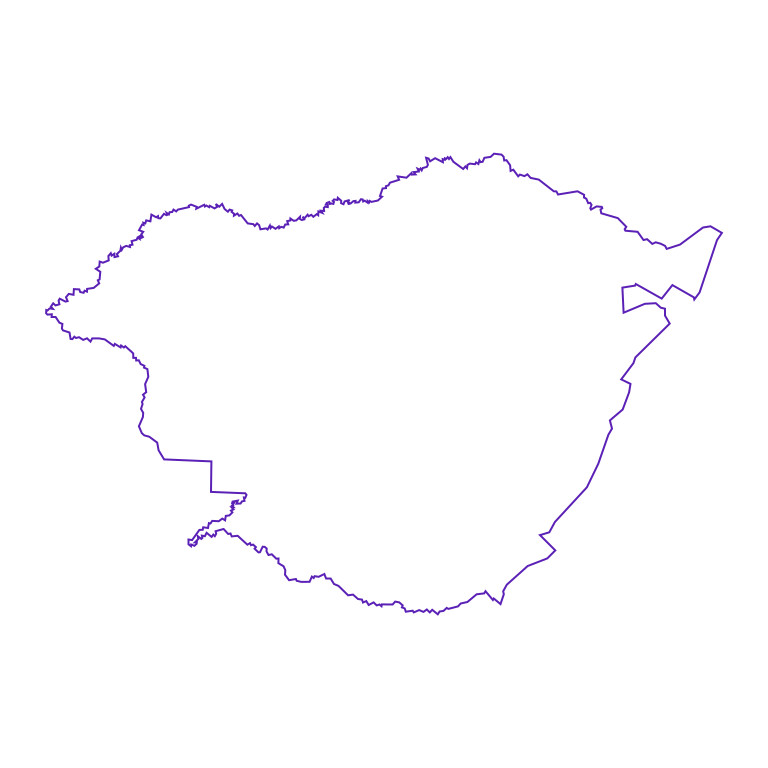 outline of Feliciano, Entre Ríos, Argentina
{"feature_id": "61730980B62856380670076", "entity_name": "Feliciano", "entity_type": "district", "adm_level": 2, "iso_a3": "ARG", "parent_name": "Argentina", "parent_adm1": "Entre Ríos", "projection": "robinson", "projection_center": [-58.86, -30.431], "detail": "fine", "context": "isolated", "style": "outline", "palette": "violet", "viewbox_px": 768, "rotation_deg": 0, "n_neighbors": 0, "source": "geoboundaries", "source_scale": "gbopen_adm2", "svg_char_len": 6078}
<svg xmlns="http://www.w3.org/2000/svg" viewBox="0 0 768 768"><path d="M500.5,604.1L503.8,594.3L503.2,591.2L506.8,584.7L527.7,566.0L547.3,558.4L555.3,550.4L540.0,535.1L549.3,532.3L554.9,522.0L586.9,487.3L598.3,463.7L608.4,434.7L612.0,428.6L609.9,420.4L622.7,409.5L629.1,392.3L630.5,383.9L621.2,379.4L633.4,363.2L635.4,357.4L669.7,323.6L665.0,315.6L665.0,308.7L660.8,307.7L655.8,303.2L644.9,303.8L623.6,312.7L622.4,287.6L635.1,285.6L635.8,284.0L661.7,298.6L672.4,285.1L693.8,297.3L694.3,299.5L699.6,292.4L717.0,240.1L721.9,232.9L710.5,226.3L703.0,227.5L680.0,244.6L666.7,248.9L665.1,245.9L660.7,243.7L655.7,242.3L652.3,243.9L647.1,239.2L643.5,240.0L637.6,231.8L625.4,230.7L624.7,229.2L626.3,226.8L617.8,218.1L601.3,213.3L600.5,209.6L602.3,208.2L601.8,206.9L596.6,206.4L591.0,209.6L590.3,208.3L591.5,204.8L590.2,202.8L588.2,203.2L586.3,198.7L584.0,197.5L584.1,194.8L577.5,191.3L558.0,194.5L556.4,191.4L553.8,191.3L538.8,179.6L530.6,177.9L527.4,174.3L524.5,176.1L519.9,174.6L518.2,176.3L513.3,169.7L510.6,170.9L510.1,165.2L506.5,160.2L504.2,160.5L503.6,156.7L501.5,154.6L494.0,153.7L490.6,156.9L484.4,157.8L482.6,161.8L480.6,162.1L479.4,160.3L478.4,164.0L476.1,162.4L475.1,164.2L469.8,163.6L467.5,164.9L467.0,168.2L465.4,166.4L463.2,169.0L453.4,161.8L450.4,157.1L449.0,159.0L447.7,157.2L446.3,158.9L444.9,158.3L444.8,159.8L442.7,159.1L442.9,162.2L435.1,158.2L430.1,161.3L428.6,158.5L426.1,157.8L427.9,164.8L426.8,166.9L422.8,168.0L421.7,170.3L420.6,168.5L419.7,169.7L417.6,168.7L418.8,171.5L413.7,172.1L415.5,174.4L411.7,174.6L411.4,173.1L406.5,177.7L397.7,176.4L399.1,179.8L389.9,182.7L388.5,185.3L385.9,186.2L386.0,188.1L382.6,188.5L380.0,196.0L382.0,196.7L377.9,200.5L371.4,201.9L369.7,200.9L369.1,202.4L367.7,201.1L367.7,202.7L364.7,200.7L363.2,201.5L362.7,199.5L361.0,199.2L358.7,202.3L355.3,202.6L355.5,200.9L353.4,201.1L350.6,203.5L349.1,202.8L348.9,204.7L347.7,201.8L349.6,200.0L344.6,201.4L343.5,204.2L341.1,203.2L341.2,200.7L337.8,197.8L337.5,200.0L334.1,199.4L332.7,200.9L334.0,201.9L333.4,203.9L330.1,203.2L330.2,204.8L329.2,202.0L326.7,203.0L325.9,204.5L327.8,204.7L327.8,207.1L325.1,206.7L323.8,207.9L324.1,211.0L320.9,210.7L322.3,212.9L318.4,211.4L318.2,215.2L316.8,214.1L313.3,216.8L311.3,214.8L308.6,216.2L307.6,214.7L304.5,218.3L302.6,216.7L304.2,219.4L301.8,220.0L299.8,218.9L300.0,216.8L296.3,220.4L293.7,220.8L290.4,218.5L290.3,220.5L287.2,221.1L288.2,224.4L285.2,224.5L283.7,227.6L281.2,226.8L279.2,228.2L278.8,226.4L275.5,228.8L271.9,226.5L270.6,228.1L269.9,225.5L267.6,229.5L266.0,228.4L260.4,229.3L259.1,225.1L257.0,223.4L254.8,226.0L253.4,224.2L247.7,223.4L241.0,215.0L239.1,215.8L237.4,213.5L233.9,215.7L234.0,213.7L231.6,211.9L232.2,210.4L229.6,209.6L227.9,211.7L224.6,209.0L222.1,203.9L219.3,206.7L215.8,204.0L217.2,206.8L214.5,208.4L209.8,205.8L209.2,207.2L206.3,205.5L204.9,206.5L204.2,204.8L196.3,208.7L196.7,206.8L191.0,204.6L188.8,205.7L189.0,207.1L177.9,209.6L176.2,211.4L173.5,209.6L172.2,212.0L169.6,212.2L168.9,214.4L166.8,213.0L167.6,214.7L166.5,215.2L164.0,213.8L160.4,218.4L158.3,218.2L158.0,216.1L156.2,217.3L151.4,214.6L150.4,221.3L146.2,220.4L145.3,223.4L143.3,222.7L143.6,225.0L142.1,224.6L139.0,230.2L143.2,231.8L141.3,234.3L142.9,237.1L141.0,238.0L140.0,236.0L138.7,236.8L139.4,238.8L137.5,237.7L136.6,239.8L131.6,241.1L132.5,244.7L129.8,245.2L130.0,247.0L126.2,245.9L123.1,247.4L121.8,249.8L120.9,247.6L120.3,250.9L116.9,254.0L118.0,256.3L114.5,257.1L114.3,253.8L111.6,255.6L110.8,253.2L108.4,256.0L108.7,260.4L103.0,262.7L99.7,261.6L99.3,266.5L95.8,268.8L100.3,271.8L99.6,279.4L97.8,280.3L99.2,283.4L93.7,287.9L87.1,288.9L87.0,291.6L84.6,290.7L83.6,292.8L80.2,292.0L79.3,289.4L73.9,289.1L73.5,294.8L68.8,293.9L66.0,297.2L67.6,301.1L65.5,301.6L59.7,298.7L58.6,300.6L59.4,304.3L55.5,305.4L53.2,303.3L50.9,306.6L52.9,308.9L49.6,308.4L47.5,310.5L46.3,310.0L46.1,313.2L47.4,314.6L51.8,314.3L51.6,317.0L55.6,317.0L59.4,322.7L62.4,323.9L61.9,328.6L63.0,330.4L69.5,332.5L70.6,339.0L72.4,339.1L74.3,336.7L76.0,338.0L79.0,337.2L83.2,339.9L87.0,338.3L90.5,341.6L92.2,338.4L99.0,338.4L104.8,339.4L113.8,345.9L114.8,343.9L120.6,347.4L121.1,345.5L123.9,347.5L125.3,346.2L133.2,353.4L133.3,357.9L136.0,357.9L136.2,360.5L138.8,360.3L140.7,364.1L144.4,365.8L144.0,367.6L147.4,369.1L148.3,376.8L145.1,384.1L146.2,392.2L143.0,394.7L144.6,397.4L141.9,402.0L142.6,404.0L141.0,408.9L143.2,412.8L142.9,417.0L138.9,426.3L141.8,433.1L144.3,435.4L149.2,436.7L157.2,442.6L158.6,450.3L164.1,459.4L211.4,461.4L211.0,491.9L245.3,493.3L246.5,494.9L245.3,497.8L243.9,497.5L244.5,500.9L241.9,501.4L240.6,503.5L236.5,503.7L237.8,500.6L232.6,501.6L232.2,503.0L233.9,503.1L232.6,504.8L234.0,504.9L232.1,505.7L233.5,507.2L231.5,507.2L233.5,509.4L231.0,510.6L232.4,512.4L229.4,515.4L225.8,515.9L225.1,520.3L222.3,518.6L218.8,521.2L212.2,520.9L210.5,523.5L208.9,523.1L208.0,528.0L203.2,527.3L202.7,529.8L199.4,529.9L192.1,540.1L188.5,539.5L188.5,544.3L191.0,546.2L191.2,544.5L194.4,545.8L196.6,543.8L196.8,542.2L195.0,542.3L198.3,539.0L197.8,536.2L201.3,538.9L202.4,537.9L201.9,535.6L204.9,536.2L206.6,532.8L211.6,536.9L213.3,534.6L214.8,536.2L216.2,533.8L215.6,531.2L223.6,529.0L228.2,534.0L230.5,533.5L231.7,536.4L237.7,535.8L247.4,544.7L250.0,543.1L251.0,545.2L253.1,544.6L255.9,547.1L254.6,548.7L258.5,552.4L260.0,552.2L262.7,546.7L264.8,546.9L266.7,548.6L266.5,551.4L268.5,555.0L271.8,554.3L276.3,558.7L278.5,558.5L278.4,563.2L283.6,566.3L285.3,570.2L285.0,574.7L289.1,580.2L295.9,579.0L296.7,580.8L301.3,581.9L309.6,581.8L311.9,576.6L313.7,578.0L314.6,576.2L318.7,576.8L324.3,574.0L326.1,578.5L330.6,578.5L334.0,584.0L338.5,585.9L348.1,595.3L353.0,594.6L358.0,599.0L362.0,599.6L363.0,602.5L366.3,601.1L368.7,605.0L373.6,602.4L376.7,605.4L379.5,604.5L381.5,606.2L381.8,604.4L392.6,604.5L395.2,601.6L399.3,602.4L402.7,605.4L401.9,607.4L404.7,608.4L405.8,611.7L412.7,610.7L413.8,612.4L419.2,610.1L423.5,611.9L426.8,609.5L429.8,612.4L432.2,609.8L437.8,614.3L439.6,611.5L443.5,610.9L446.7,607.9L448.3,608.9L458.0,606.4L460.7,603.5L467.4,602.0L476.6,594.3L484.2,593.4L485.5,591.2L492.9,600.0L493.8,598.5L500.5,604.1Z" fill="none" stroke="#5b21b6" stroke-width="2"/></svg>